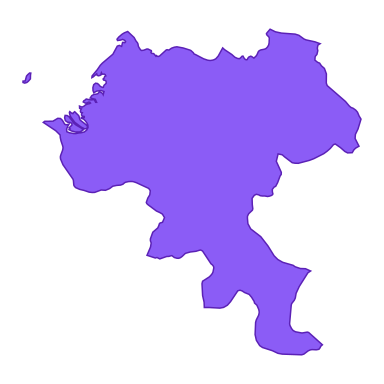 the border of Cauca
{"feature_id": "COL-1404", "entity_name": "Cauca", "entity_type": "Department", "adm_level": 1, "iso_a3": "COL", "parent_name": "Colombia", "parent_adm1": "", "projection": "albers", "projection_center": [-77.137, 2.145], "detail": "fine", "context": "isolated", "style": "filled", "palette": "violet", "viewbox_px": 384, "rotation_deg": 0, "n_neighbors": 0, "source": "natural_earth", "source_scale": "10m", "svg_char_len": 5785}
<svg xmlns="http://www.w3.org/2000/svg" viewBox="0 0 384 384"><path d="M43.3,122.4L44.7,121.3L52.9,121.2L57.8,118.3L60.5,118.5L62.4,120.3L63.9,122.9L64.9,124.4L66.4,124.8L69.0,124.1L67.8,126.2L66.6,129.1L66.8,131.7L69.5,132.8L74.0,133.6L75.7,133.6L79.3,132.9L80.9,132.8L84.3,132.0L86.7,130.1L88.0,127.6L87.9,125.1L87.1,123.3L85.5,121.0L83.5,119.0L81.4,118.4L81.4,117.5L84.3,117.5L84.3,116.5L82.4,116.1L81.6,115.2L81.5,113.9L82.3,112.7L80.8,112.3L80.4,111.5L80.6,110.3L81.4,108.9L80.2,108.7L79.6,108.3L79.5,106.1L82.0,107.1L83.9,106.2L85.6,104.8L87.5,104.1L89.7,103.6L90.5,103.1L89.9,102.3L88.8,102.1L86.5,103.1L85.3,103.1L83.2,101.9L83.8,100.8L85.3,99.9L86.2,99.0L89.3,99.7L91.9,99.9L93.8,99.4L95.3,101.5L95.6,102.3L96.6,102.3L95.3,99.3L90.2,98.0L91.8,95.6L94.0,94.4L96.0,94.2L97.8,93.7L99.5,91.8L101.9,92.9L102.7,93.7L103.2,94.7L104.0,91.5L101.0,90.5L96.7,91.1L93.8,92.7L93.0,90.6L92.9,87.6L93.7,84.7L95.6,83.2L97.5,83.5L98.8,84.6L99.9,86.0L101.4,87.0L102.9,87.5L103.4,87.3L103.5,86.4L104.2,85.1L106.1,83.4L106.2,82.9L106.1,81.4L105.6,80.6L103.7,80.1L103.2,79.5L103.2,78.8L104.0,78.3L104.7,76.4L105.8,75.9L105.2,74.6L104.3,74.1L103.1,74.2L102.1,74.0L101.4,72.7L101.0,74.0L101.4,74.6L99.9,75.5L98.3,75.8L97.1,75.3L96.7,73.8L93.2,76.9L91.9,77.6L92.1,75.9L97.2,69.8L100.3,65.3L102.4,63.1L112.9,54.2L117.3,46.1L119.3,45.4L121.6,46.4L122.6,42.4L123.5,42.4L124.8,42.7L125.6,41.8L124.8,40.4L122.7,39.4L120.6,40.1L117.5,40.5L117.0,39.2L118.7,37.1L122.1,34.2L124.4,32.8L127.7,31.5L134.1,37.5L136.0,41.0L137.4,42.7L138.0,44.0L138.3,46.0L138.7,47.0L140.5,49.8L141.6,50.5L143.8,50.2L146.8,49.0L147.9,49.0L151.3,50.6L151.5,51.4L150.9,52.2L151.0,52.7L152.0,53.5L152.6,53.4L153.7,53.6L155.9,56.2L156.3,55.5L156.5,55.5L157.1,56.2L158.2,56.5L159.6,56.0L166.3,49.9L167.2,49.7L168.3,50.0L169.1,49.9L171.5,48.2L174.3,47.2L176.9,46.8L183.3,48.0L190.0,50.1L191.0,50.6L193.3,52.7L194.1,54.0L195.6,54.6L203.6,58.8L207.7,60.2L210.1,60.5L212.4,60.2L213.8,59.8L215.8,58.8L218.2,56.1L222.7,47.9L224.5,49.6L231.8,54.5L234.8,57.2L237.4,58.4L239.2,58.7L240.3,58.1L242.1,56.2L243.0,56.1L244.1,58.1L245.2,59.4L246.2,59.8L247.0,59.7L247.4,59.3L247.7,58.4L249.0,56.9L250.7,56.2L251.6,56.5L253.9,58.1L256.1,56.0L257.0,54.7L258.3,51.7L259.2,50.7L260.9,49.9L264.4,49.2L265.9,48.6L267.4,47.1L268.6,45.1L269.1,42.9L269.3,38.0L268.8,36.9L266.9,35.0L266.4,33.8L267.0,32.8L270.1,29.2L275.4,31.8L281.5,33.1L295.1,34.1L298.9,35.3L304.0,39.0L306.1,39.9L314.9,41.8L320.1,43.7L317.9,45.1L317.3,48.2L317.8,50.7L316.9,54.5L315.6,55.9L315.1,57.0L314.9,60.1L317.6,62.3L319.6,63.1L321.4,65.8L324.4,68.4L326.4,73.9L326.3,83.1L327.2,85.6L345.5,101.5L349.1,105.8L350.9,107.4L353.2,108.3L355.7,110.1L357.5,112.2L359.1,116.0L361.0,119.1L358.0,129.0L355.4,134.4L355.1,138.5L359.0,146.2L355.7,148.1L354.0,149.7L352.2,152.7L347.6,152.9L344.9,151.5L340.3,147.5L335.3,144.0L333.5,144.6L330.2,148.5L327.0,151.3L323.7,153.7L313.8,158.7L309.3,160.4L298.3,163.3L294.9,163.2L292.2,162.7L284.5,156.8L282.3,154.8L278.1,153.9L276.3,161.3L281.3,172.3L281.2,174.5L280.1,176.0L277.6,182.7L275.7,186.3L274.1,187.1L272.3,189.4L272.4,191.9L272.9,193.9L272.6,194.6L271.6,195.4L269.6,196.1L267.6,196.5L264.9,196.0L262.4,196.0L260.3,195.7L258.6,194.8L256.3,194.3L254.3,195.3L252.1,198.3L252.3,204.7L252.8,208.8L252.4,210.2L248.7,213.7L247.5,216.1L247.4,217.9L247.9,223.7L250.7,228.9L260.8,236.7L268.0,246.0L274.1,255.8L277.8,259.5L282.7,262.3L293.1,265.3L295.2,266.8L300.3,268.5L305.5,268.7L310.6,271.0L307.9,272.8L299.3,286.4L296.1,293.3L295.3,298.0L294.3,300.2L291.6,303.7L291.2,305.5L289.6,323.7L289.9,325.3L291.5,328.5L293.1,330.5L295.5,331.8L302.0,333.0L307.3,332.1L308.7,332.5L322.4,344.8L320.8,346.2L320.0,347.9L318.9,349.3L316.4,349.8L312.0,349.6L310.3,349.9L308.1,350.9L303.9,354.1L301.7,354.8L282.2,354.1L277.9,353.3L272.4,350.7L262.5,347.5L259.7,345.6L256.4,340.4L255.1,334.6L255.6,322.4L256.3,319.9L258.6,315.3L259.2,312.8L259.1,311.0L258.6,309.1L256.9,305.2L254.5,303.0L254.2,301.5L251.6,297.3L249.2,294.4L244.5,292.5L242.3,291.0L240.0,290.2L237.8,290.8L230.5,301.7L227.4,305.2L223.6,307.4L219.9,308.1L208.9,307.5L204.3,307.5L204.1,302.2L202.6,295.5L202.0,283.7L202.6,281.2L209.3,276.9L210.8,275.4L212.3,273.5L213.0,272.0L213.8,267.8L213.6,266.7L213.0,265.6L212.4,264.9L211.0,263.8L202.6,251.1L201.7,250.5L200.3,250.0L195.9,251.3L190.2,252.0L185.9,253.2L185.1,253.6L182.3,256.3L180.7,257.5L179.7,258.0L178.3,258.3L176.8,258.2L174.3,257.5L172.0,255.7L171.2,255.7L168.9,256.4L166.6,256.5L159.8,258.9L157.0,257.5L155.3,258.0L147.0,255.3L150.5,247.1L151.2,243.0L150.4,240.8L150.4,238.9L152.8,232.2L157.8,227.9L158.8,225.6L159.4,223.7L160.1,223.0L162.5,222.3L164.5,217.6L162.4,214.1L159.9,212.6L156.4,211.0L148.1,204.8L146.8,203.6L146.3,202.4L147.8,198.1L149.8,194.8L150.3,190.7L148.7,188.4L136.4,182.7L133.8,181.8L132.3,181.5L130.2,181.5L128.5,181.6L125.3,182.3L123.4,183.7L123.0,184.2L120.5,185.1L116.7,185.4L112.8,186.2L109.6,188.6L105.5,190.3L101.2,190.0L94.7,192.4L92.1,192.5L89.0,192.1L84.0,190.4L79.7,189.4L75.6,187.6L74.4,186.3L73.8,185.1L73.4,180.5L73.0,179.2L63.0,164.8L60.6,159.1L60.4,157.8L60.4,156.5L60.7,155.3L62.5,150.5L62.9,148.8L63.0,147.3L62.7,145.9L61.0,140.9L60.3,137.7L60.1,135.0L55.7,130.7L43.3,122.4ZM80.4,120.3L85.7,124.4L87.6,126.4L86.9,128.5L84.6,128.8L81.0,127.0L74.7,122.2L70.9,117.1L70.1,115.5L69.6,113.9L69.4,112.3L69.8,111.6L71.4,113.0L72.9,113.6L73.3,112.8L74.7,111.7L78.6,115.5L79.1,116.6L79.8,119.3L80.4,120.3ZM67.1,115.5L69.0,116.7L74.2,123.6L76.3,125.2L81.0,127.9L83.3,129.8L80.1,131.9L75.7,132.0L71.6,131.0L69.0,129.7L70.1,128.9L69.0,127.9L71.9,125.1L71.9,123.4L70.0,122.4L67.6,122.2L65.4,120.7L64.6,117.8L65.1,115.4L67.1,115.5ZM27.7,74.7L29.6,73.0L30.8,73.1L30.5,75.1L30.4,78.9L28.3,81.3L26.8,82.5L24.7,83.1L23.0,82.5L23.0,81.1L25.2,80.9L26.5,76.1L27.7,74.7Z" fill="#8b5cf6" stroke="#5b21b6" stroke-width="1.5"/></svg>